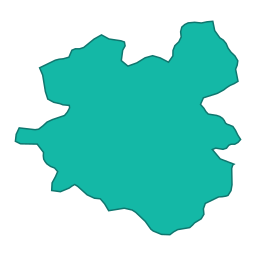 the border of Erzurum
{"feature_id": "TUR-2299", "entity_name": "Erzurum", "entity_type": "Province", "adm_level": 1, "iso_a3": "TUR", "parent_name": "Turkey", "parent_adm1": "", "projection": "natural_earth1", "projection_center": [41.622, 40.047], "detail": "fine", "context": "isolated", "style": "filled", "palette": "teal", "viewbox_px": 256, "rotation_deg": 0, "n_neighbors": 0, "source": "natural_earth", "source_scale": "10m", "svg_char_len": 1780}
<svg xmlns="http://www.w3.org/2000/svg" viewBox="0 0 256 256"><path d="M228.0,195.4L226.0,196.1L222.3,196.7L218.7,196.9L205.3,203.4L203.4,208.8L203.9,214.3L201.2,218.8L194.5,222.9L192.6,225.0L189.7,227.6L177.7,229.6L173.7,231.8L169.9,234.7L161.5,234.4L153.2,231.0L150.9,229.2L145.3,221.4L135.7,212.3L132.1,210.0L124.3,208.2L108.7,210.7L104.6,203.8L100.3,198.8L94.4,198.2L87.1,194.8L77.7,186.3L74.7,184.5L72.0,186.0L69.1,188.1L60.4,191.7L51.7,190.5L52.1,182.9L55.5,176.6L57.7,171.6L54.6,168.0L50.5,166.4L46.8,163.8L45.1,161.6L43.7,159.1L43.3,155.8L43.5,152.4L37.2,144.1L20.5,143.8L15.4,141.3L16.2,134.3L19.2,127.9L35.1,129.7L38.6,129.2L42.9,125.9L47.0,122.1L52.4,119.6L64.5,115.5L67.3,112.2L69.6,107.9L69.3,105.4L62.9,104.8L60.1,103.7L53.8,102.3L47.8,99.1L45.4,91.6L42.7,75.1L39.6,67.8L55.3,60.2L59.2,59.2L63.2,58.8L68.9,57.2L71.9,50.2L75.3,48.8L79.6,48.8L83.7,47.5L94.0,39.1L101.5,34.9L109.0,39.0L121.0,40.8L124.4,42.0L125.1,45.9L122.7,50.2L121.3,60.6L127.9,66.1L136.8,62.9L145.1,57.8L152.6,55.7L160.2,57.9L168.5,62.2L172.9,55.9L173.0,50.5L174.9,45.6L178.8,41.9L181.2,37.0L180.6,31.8L181.8,27.1L184.8,24.5L188.1,22.9L194.7,22.3L201.4,23.0L207.1,21.8L212.8,21.3L214.7,30.6L219.8,37.8L223.3,40.1L226.1,43.5L228.1,48.2L231.0,52.2L234.9,55.9L237.8,60.8L237.2,65.1L235.6,69.2L238.0,81.3L234.2,83.6L230.1,85.4L226.8,87.5L223.7,89.9L217.5,93.3L203.4,97.8L200.5,104.4L203.9,108.3L205.9,111.6L208.3,114.1L216.6,115.4L219.8,116.5L222.6,118.4L224.2,120.5L225.5,123.1L227.2,124.3L229.1,124.9L232.9,126.5L235.4,130.2L237.8,135.1L240.6,139.5L238.0,142.4L234.8,144.2L232.2,144.2L230.9,144.3L228.7,145.3L226.5,148.2L223.0,149.3L215.7,148.1L212.3,149.5L220.2,158.9L234.0,164.2L232.7,165.1L231.7,168.4L232.0,184.8L231.0,190.6L228.0,195.4Z" fill="#14b8a6" stroke="#0f766e" stroke-width="1.5"/></svg>